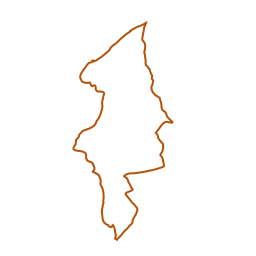 Hagaz, Anseba, Eritrea (Equal Earth projection), rotated 47°
{"feature_id": "51966322B93716709446742", "entity_name": "Hagaz", "entity_type": "district", "adm_level": 2, "iso_a3": "ERI", "parent_name": "Eritrea", "parent_adm1": "Anseba", "projection": "equal_earth", "projection_center": [38.261, 15.755], "detail": "fine", "context": "isolated", "style": "outline", "palette": "amber", "viewbox_px": 256, "rotation_deg": 47, "n_neighbors": 0, "source": "geoboundaries", "source_scale": "gbopen_adm2", "svg_char_len": 5791}
<svg xmlns="http://www.w3.org/2000/svg" viewBox="0 0 256 256"><g transform="rotate(47 128 128)"><path d="M180.5,127.9L179.5,127.0L179.1,126.7L178.6,126.3L177.9,125.8L177.4,125.6L176.9,125.4L175.3,124.3L174.6,123.9L173.7,123.5L172.4,123.0L171.7,122.9L170.4,123.0L169.9,122.8L169.5,122.4L169.3,122.0L169.0,120.3L168.5,118.8L167.1,116.5L166.4,115.6L165.1,114.7L164.7,114.3L164.0,113.5L163.8,113.4L163.0,113.3L160.8,113.3L158.0,113.1L155.6,112.6L153.8,111.4L153.0,111.1L152.4,111.0L151.5,111.1L150.7,111.1L150.5,110.9L150.3,110.5L150.2,109.1L149.6,105.4L149.4,104.4L149.1,103.1L148.7,101.1L148.7,98.7L148.9,97.5L149.1,96.5L149.6,95.8L150.3,95.1L152.9,93.3L153.6,92.7L153.9,92.4L154.2,91.9L154.6,90.9L154.4,91.1L153.7,91.4L153.0,91.5L151.2,91.5L150.4,91.7L148.2,91.7L147.3,91.6L146.1,91.6L143.8,90.3L141.9,89.9L141.0,89.9L140.8,90.1L139.1,90.4L138.4,90.5L138.0,90.5L137.6,90.3L137.2,90.1L136.2,89.7L135.3,88.9L134.0,88.0L133.5,87.4L131.2,86.2L130.6,86.0L129.7,85.4L128.0,84.6L127.7,84.3L127.4,84.3L127.0,84.3L126.6,84.6L126.0,84.8L125.4,84.8L124.3,85.0L123.4,85.5L121.9,85.6L121.2,85.5L119.5,85.6L118.4,85.4L117.6,85.2L117.3,85.1L116.8,84.6L116.5,84.5L115.3,84.1L114.2,83.2L113.7,82.4L113.3,81.3L112.8,80.4L112.0,79.2L111.2,78.3L110.6,77.4L110.3,77.2L110.2,77.1L109.2,77.2L108.7,77.1L108.1,77.0L107.5,76.0L106.4,75.0L106.2,74.7L105.9,74.6L103.5,73.9L102.1,73.4L100.9,72.8L100.1,72.2L99.6,72.1L98.9,72.2L96.3,71.8L94.3,72.0L93.9,71.9L93.4,71.5L93.1,71.4L92.7,71.1L91.3,69.5L89.3,68.2L88.6,67.6L87.8,67.1L86.1,65.8L83.7,64.5L83.4,64.1L83.1,63.6L82.6,62.5L82.2,62.3L80.8,60.5L80.0,59.7L78.7,58.7L77.8,58.1L76.0,57.7L74.0,57.6L73.4,57.4L72.9,57.2L71.4,55.4L70.6,54.3L69.3,52.7L68.0,50.7L65.9,48.2L65.4,47.4L63.8,43.8L63.4,43.1L63.0,44.7L62.7,46.1L62.4,47.4L61.8,48.9L60.9,50.7L60.2,52.9L59.6,55.1L59.2,56.2L58.5,60.2L59.0,60.4L58.7,62.0L58.3,64.6L58.1,66.4L57.9,70.0L57.8,72.3L57.8,73.8L57.9,75.6L57.9,78.7L57.8,80.3L57.6,81.5L57.4,81.9L57.4,83.0L57.4,85.4L57.8,87.0L58.3,88.3L58.4,88.8L58.2,94.9L58.0,97.2L57.9,99.0L57.7,100.1L57.6,101.2L57.3,101.9L57.0,104.4L56.7,105.6L56.3,106.7L55.8,107.8L55.4,107.5L54.9,107.5L54.7,107.5L54.4,108.2L54.8,108.4L54.9,108.5L55.0,108.7L55.1,109.2L55.1,109.6L54.7,110.5L54.0,111.6L53.8,112.3L53.8,113.6L54.2,116.4L54.4,117.2L54.6,118.1L55.3,121.6L55.8,124.0L56.8,126.4L57.2,127.0L57.7,127.8L58.3,128.3L59.0,128.9L62.3,129.9L63.2,129.8L64.1,129.4L66.1,128.1L66.7,127.7L67.2,127.0L68.2,125.7L68.5,125.2L68.8,124.9L69.3,125.0L70.7,125.6L71.4,125.8L72.5,125.8L72.8,125.7L73.2,125.3L73.5,124.2L73.7,123.6L73.9,123.5L74.2,123.3L74.5,123.2L74.9,123.2L75.6,123.4L76.9,124.5L77.9,125.3L78.8,125.5L79.9,125.5L80.6,125.3L82.5,123.3L82.9,123.0L84.3,121.8L84.9,121.6L85.7,121.6L86.1,121.8L86.6,122.1L86.8,122.4L87.2,122.9L87.5,123.7L87.8,124.3L89.3,126.0L89.6,126.5L90.0,127.4L90.3,127.7L91.4,129.3L93.4,131.0L94.3,131.6L94.8,132.0L96.4,134.1L96.9,134.8L97.8,136.5L98.5,137.5L99.2,138.8L99.9,140.3L100.1,140.7L101.0,143.5L101.3,144.9L101.3,145.5L101.6,146.3L102.6,148.4L103.1,150.8L103.2,151.7L102.4,155.2L102.0,156.7L101.2,158.3L100.9,159.4L99.9,161.3L99.5,162.7L99.3,163.3L99.3,164.3L99.3,164.6L99.6,165.3L99.6,165.7L99.6,166.2L99.5,167.2L99.5,167.6L100.1,169.0L100.4,169.5L100.8,169.8L100.9,170.1L101.1,170.9L101.2,172.0L101.3,173.8L101.4,174.2L101.4,174.3L102.3,175.2L103.0,176.1L103.7,176.8L104.2,177.4L104.3,178.4L104.5,179.1L104.7,180.0L105.4,181.4L106.2,182.2L107.1,182.2L108.6,181.6L110.5,180.2L113.2,178.0L113.5,177.9L114.3,177.2L115.1,176.9L116.0,176.6L117.0,176.3L117.9,176.4L118.7,176.7L119.0,176.9L120.1,178.0L121.0,178.7L121.3,178.8L122.2,179.5L122.7,179.6L123.1,179.8L124.8,179.8L125.6,179.4L126.0,179.3L126.8,178.7L127.1,178.7L127.7,178.4L128.7,178.0L129.4,178.2L129.7,178.1L130.4,178.0L130.8,178.1L131.0,178.2L131.2,178.5L131.8,178.8L132.6,179.0L133.0,179.3L134.3,179.7L135.0,180.3L135.3,180.8L135.6,181.5L135.8,183.5L136.1,183.7L137.4,183.0L138.6,182.4L139.2,182.2L139.5,182.4L140.6,181.9L141.8,181.7L142.2,181.5L142.9,181.6L143.4,181.7L144.0,182.2L145.1,182.4L146.5,182.9L148.8,184.6L149.3,185.4L150.2,186.5L151.8,187.0L152.3,187.1L153.0,187.4L153.7,187.5L154.9,187.9L155.5,188.2L156.4,188.9L157.5,189.3L157.9,189.6L160.0,191.3L160.9,192.1L162.3,193.1L163.0,194.2L163.6,194.7L164.3,195.5L164.6,196.0L165.5,196.6L165.8,196.7L166.3,197.3L167.0,198.5L168.0,200.1L168.4,200.6L168.8,200.9L169.5,202.2L170.9,203.5L171.7,204.5L172.6,205.2L172.9,205.3L174.7,206.7L176.0,207.6L176.7,208.2L177.5,208.6L178.3,209.3L180.5,209.8L181.3,209.9L182.1,209.8L182.7,209.8L184.4,209.3L184.7,209.1L185.4,208.8L187.5,208.9L187.8,208.8L188.3,208.6L188.7,208.1L188.9,208.0L189.0,207.7L189.0,207.3L188.7,205.2L189.0,205.2L189.5,205.5L190.1,205.7L190.8,205.7L191.5,206.0L193.4,207.0L195.2,208.4L196.3,208.9L197.6,209.8L198.1,210.0L198.8,210.7L199.5,212.2L200.2,212.9L201.0,212.6L202.2,212.2L201.9,211.8L202.0,209.9L202.0,208.5L201.8,207.2L201.7,205.7L201.5,204.5L201.1,202.0L201.0,199.2L201.0,197.0L200.8,195.2L200.5,194.3L200.5,192.8L200.6,190.5L200.3,189.6L199.9,189.0L198.6,187.2L198.2,186.7L197.8,185.2L197.4,184.3L197.1,183.3L196.6,181.3L195.5,178.9L194.7,177.6L193.7,176.5L193.2,176.2L192.3,175.9L187.3,175.6L186.0,175.9L181.8,175.5L181.0,175.4L177.5,175.2L175.5,175.0L175.0,174.9L174.6,174.7L174.3,174.4L174.3,173.2L175.1,171.0L176.0,168.8L176.3,167.6L176.3,167.1L176.1,166.4L175.8,166.2L175.4,166.2L174.6,166.4L174.2,166.3L172.6,165.8L169.3,164.9L168.1,164.6L167.1,164.2L166.4,163.7L164.9,163.4L163.6,163.2L162.3,163.4L161.4,163.7L161.1,163.8L160.6,163.7L160.5,163.1L160.6,162.7L160.5,162.1L160.5,161.9L161.3,159.8L161.9,158.5L162.4,157.8L163.5,156.3L164.2,155.5L165.1,154.7L169.5,148.5L170.9,146.4L172.9,142.9L173.8,141.4L174.9,139.8L175.9,138.0L176.6,136.7L177.1,135.7L178.3,133.4L179.7,130.4L180.0,129.6L180.5,127.9Z" fill="none" stroke="#b45309" stroke-width="2"/></g></svg>